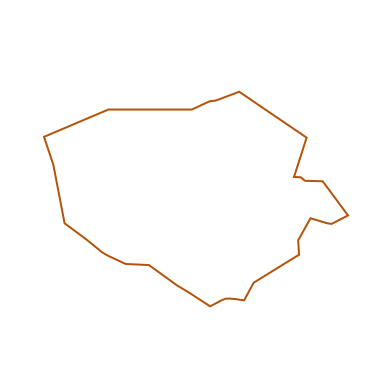 the district of Marcelino Vieira, Rio Grande do Norte, Brazil, rotated 241°
{"feature_id": "56859067B45059520856081", "entity_name": "Marcelino Vieira", "entity_type": "district", "adm_level": 2, "iso_a3": "BRA", "parent_name": "Brazil", "parent_adm1": "Rio Grande do Norte", "projection": "orthographic", "projection_center": [-38.185, -6.281], "detail": "fine", "context": "isolated", "style": "outline", "palette": "amber", "viewbox_px": 384, "rotation_deg": 241, "n_neighbors": 0, "source": "geoboundaries", "source_scale": "gbopen_adm2", "svg_char_len": 590}
<svg xmlns="http://www.w3.org/2000/svg" viewBox="0 0 384 384"><g transform="rotate(241 192 192)"><path d="M262.8,251.3L264.2,231.9L304.7,158.8L312.0,89.3L283.3,84.0L226.4,65.4L201.2,76.8L182.5,84.3L176.6,87.9L161.2,99.1L149.0,118.9L117.6,133.6L104.2,141.3L83.2,152.4L83.0,165.0L82.4,169.5L80.8,172.9L77.6,177.6L72.0,185.1L82.8,202.0L85.1,251.5L85.1,255.1L98.2,261.4L111.6,282.9L99.1,295.1L96.4,298.7L95.9,317.1L138.0,311.5L147.1,296.2L152.0,294.4L155.7,288.5L162.9,296.2L184.0,318.6L230.5,295.1L256.8,281.9L260.4,257.5L262.8,251.3Z" fill="none" stroke="#b45309" stroke-width="2"/></g></svg>